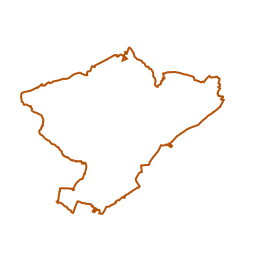 the district of Cozieni, Buzau, Romania, rotated 349°
{"feature_id": "2599482B64756507378142", "entity_name": "Cozieni", "entity_type": "district", "adm_level": 2, "iso_a3": "ROU", "parent_name": "Romania", "parent_adm1": "Buzau", "projection": "mercator", "projection_center": [26.473, 45.333], "detail": "fine", "context": "isolated", "style": "outline", "palette": "amber", "viewbox_px": 256, "rotation_deg": 349, "n_neighbors": 0, "source": "geoboundaries", "source_scale": "gbopen_adm2", "svg_char_len": 5692}
<svg xmlns="http://www.w3.org/2000/svg" viewBox="0 0 256 256"><g transform="rotate(349 128 128)"><path d="M58.0,200.8L61.1,195.5L64.3,190.6L64.6,190.4L66.7,191.3L67.2,191.9L69.2,193.1L72.0,193.9L72.8,194.7L73.9,194.7L76.8,195.7L77.4,196.3L77.5,196.8L77.3,197.3L77.5,198.0L78.7,198.1L78.7,199.3L79.5,200.4L80.8,200.4L80.9,200.6L77.5,202.8L77.5,203.5L78.9,204.1L79.7,203.8L80.2,203.3L79.5,202.8L80.9,201.7L81.8,201.5L82.0,201.8L81.9,202.3L82.0,202.5L82.5,202.5L82.9,203.0L84.3,203.0L84.3,204.2L84.1,205.4L83.5,206.3L84.8,206.9L86.4,207.3L88.9,205.0L91.5,201.4L93.1,201.3L94.2,201.6L94.9,201.5L97.1,200.4L98.1,200.4L100.0,199.6L100.9,199.6L101.9,198.9L101.9,198.7L101.7,198.3L102.3,198.1L102.7,197.3L103.6,197.0L105.5,197.2L106.0,197.0L107.2,195.9L108.4,195.6L109.2,194.9L110.0,195.1L110.8,195.8L111.3,195.9L111.4,195.1L111.3,194.3L112.7,194.1L112.9,193.9L113.1,193.2L113.6,193.0L114.8,193.0L116.0,192.7L117.1,191.8L119.5,191.1L120.4,190.5L123.5,189.4L125.9,188.2L127.0,188.7L128.3,187.4L127.9,186.9L127.5,185.4L126.7,184.0L126.5,182.7L126.0,182.1L125.9,180.0L126.1,179.0L126.6,178.4L127.4,178.0L127.8,177.2L129.5,175.1L131.3,173.8L133.1,173.9L133.7,167.3L141.8,168.1L142.7,165.8L146.4,162.1L153.2,156.4L157.1,151.2L158.0,151.7L162.7,152.1L162.9,151.5L163.6,151.8L164.7,153.0L165.0,152.0L165.4,151.2L166.1,151.8L166.8,152.8L166.3,153.3L165.2,153.5L165.8,154.5L166.2,154.2L166.9,154.8L167.8,154.0L166.4,152.0L167.0,150.7L169.9,149.0L174.6,145.3L175.9,145.0L177.3,144.2L183.1,141.8L185.7,140.5L187.2,140.4L187.6,140.0L190.9,139.4L197.5,138.4L202.5,135.0L204.9,133.7L206.6,133.0L207.5,132.1L208.8,131.4L210.7,130.5L212.3,130.2L213.3,129.4L214.5,128.8L214.6,129.0L215.2,128.8L215.2,128.5L219.3,126.7L221.2,125.3L222.1,124.8L222.5,124.9L223.5,123.2L223.8,123.1L227.2,118.7L225.6,118.2L224.8,117.5L227.0,116.2L227.3,115.7L227.3,115.4L226.9,115.0L225.8,115.0L225.2,114.7L224.3,114.1L223.1,113.9L222.7,113.0L222.9,112.0L222.5,111.2L223.9,108.8L226.0,106.7L224.9,105.6L224.5,105.0L226.1,104.4L226.7,103.1L226.7,102.8L226.1,102.4L225.3,101.2L226.2,99.9L227.3,96.9L226.5,96.2L225.8,96.0L225.1,94.5L222.9,94.7L219.0,94.2L217.8,92.4L214.4,94.6L211.2,97.5L210.1,96.6L208.8,97.1L208.3,97.1L206.3,95.4L205.4,95.2L204.8,94.6L203.7,94.0L202.9,94.0L202.5,93.8L202.4,93.3L202.5,92.5L202.2,91.6L202.1,90.4L201.3,89.8L200.7,89.6L199.9,89.0L198.0,88.2L196.6,87.1L194.2,86.4L191.4,85.1L190.1,84.0L187.1,83.0L185.2,82.1L182.6,81.6L181.7,81.7L179.8,81.1L178.3,81.1L177.6,80.9L175.9,81.0L173.9,81.6L173.5,81.5L173.3,81.1L172.8,81.2L172.9,83.3L172.3,85.3L172.4,85.6L173.4,85.7L173.3,86.3L173.0,86.6L171.4,86.4L171.3,87.6L169.9,88.1L170.1,88.8L170.0,89.0L168.8,89.8L168.9,90.4L168.7,91.0L167.4,91.7L165.8,91.8L164.9,92.6L164.9,93.2L163.9,92.7L163.1,91.8L162.8,90.7L163.3,88.8L164.0,87.5L164.0,84.7L163.2,82.9L162.6,82.2L162.8,81.4L163.2,79.1L163.1,77.9L162.3,75.9L162.1,74.7L160.2,74.0L159.9,71.9L158.1,71.5L157.1,70.4L156.6,68.1L155.9,67.2L154.7,66.4L154.1,64.7L152.6,63.6L149.9,62.1L149.3,60.8L148.0,59.2L147.9,55.7L147.3,54.7L146.9,52.7L145.2,49.8L144.6,49.5L144.4,49.0L144.2,48.7L144.3,49.0L141.3,54.4L140.2,52.8L139.5,53.0L139.9,53.6L140.0,54.8L138.9,55.1L137.3,56.3L138.6,57.6L140.2,59.8L135.6,60.8L136.2,59.7L136.7,59.5L136.7,58.9L137.3,58.4L137.0,56.6L136.7,55.9L135.4,54.7L134.6,54.5L133.8,54.8L132.3,55.9L131.5,56.0L131.6,55.1L130.9,55.0L130.9,54.3L130.1,54.1L129.7,54.4L129.4,54.1L128.6,53.9L119.6,56.9L107.5,60.4L107.0,61.8L106.6,61.8L105.1,60.5L104.4,60.6L101.9,64.8L100.9,65.0L99.7,64.8L98.8,65.2L98.2,66.6L98.1,68.3L96.8,68.1L95.4,67.4L93.2,66.1L91.9,64.9L91.2,64.5L86.2,64.8L84.4,65.3L81.2,66.7L80.3,67.4L77.4,68.1L75.6,67.8L74.2,67.3L68.7,68.0L62.9,68.1L62.4,68.8L59.8,69.1L59.0,68.0L56.6,68.8L56.3,69.5L55.1,69.7L54.4,70.5L51.9,70.0L51.9,69.6L52.3,69.2L52.2,68.9L51.8,68.5L48.4,70.5L47.2,70.6L46.6,71.4L45.2,71.2L42.0,72.2L39.1,72.9L33.6,72.9L30.7,73.3L29.7,74.5L28.9,77.2L28.9,78.2L29.0,78.8L28.7,81.6L29.1,82.3L29.9,83.0L30.2,85.2L30.4,85.5L32.9,85.6L34.7,87.3L36.9,88.2L36.4,88.9L37.5,90.7L36.8,92.3L37.2,93.1L38.4,94.0L38.6,94.4L41.2,95.7L45.1,98.8L45.6,99.5L45.8,101.1L46.2,102.1L46.5,103.4L46.2,105.3L45.6,106.1L45.0,109.2L44.6,109.2L44.5,108.8L44.2,109.1L43.8,110.3L42.8,111.1L42.8,111.9L42.5,112.2L42.4,112.6L41.3,113.0L40.4,113.7L40.4,114.5L40.0,115.4L40.7,117.5L41.0,117.9L42.5,118.9L42.9,119.7L43.5,120.5L44.2,122.0L45.6,123.8L46.1,124.0L47.2,125.0L47.9,125.2L48.6,126.1L49.1,127.4L50.1,129.0L50.9,129.6L51.8,129.8L52.4,130.1L53.4,131.0L54.0,132.1L55.0,133.3L56.0,133.6L56.3,134.3L56.2,134.6L56.9,136.4L58.1,137.7L58.4,138.2L58.4,138.9L58.3,139.3L58.3,140.2L59.0,141.5L59.3,142.9L59.8,143.1L59.8,142.7L60.3,143.4L61.0,144.2L61.3,144.4L62.0,144.8L62.5,144.8L62.9,145.4L63.2,145.3L63.7,146.0L64.5,146.7L65.1,147.8L66.9,149.2L67.4,149.0L68.2,149.3L68.3,149.6L69.3,149.9L70.7,151.0L71.2,150.5L72.0,151.0L73.8,151.3L74.0,151.6L74.4,151.7L75.5,151.5L76.3,152.6L76.2,152.9L75.9,152.8L76.1,153.1L76.1,153.4L76.5,153.8L76.5,153.4L77.0,153.8L76.7,154.2L77.7,154.3L77.7,153.7L78.0,153.6L78.7,153.8L78.5,154.0L79.6,154.6L79.8,156.8L79.6,158.8L77.5,163.3L76.7,164.0L76.7,164.3L77.0,164.3L77.0,164.6L76.4,164.5L73.7,169.3L72.4,169.2L70.9,169.6L67.0,172.1L64.8,174.4L63.8,176.1L62.9,176.9L62.3,177.0L62.3,177.4L62.9,177.8L63.1,178.3L62.1,178.5L61.2,176.8L59.6,176.6L57.6,175.7L54.7,175.4L53.9,175.0L51.8,174.7L51.5,174.4L49.8,174.5L49.9,174.8L49.6,175.1L49.2,176.8L48.3,177.6L48.3,178.8L47.9,179.4L46.8,182.2L46.4,184.1L45.6,185.4L45.5,186.1L44.3,186.5L44.5,186.7L44.4,187.8L44.9,188.3L45.6,187.9L46.4,188.0L48.1,189.0L49.4,190.3L50.0,191.4L51.2,192.9L52.9,193.9L53.2,194.5L53.3,195.6L53.5,196.0L56.1,198.1L56.1,198.5L56.4,198.9L56.4,199.8L58.0,200.8Z" fill="none" stroke="#b45309" stroke-width="2"/></g></svg>